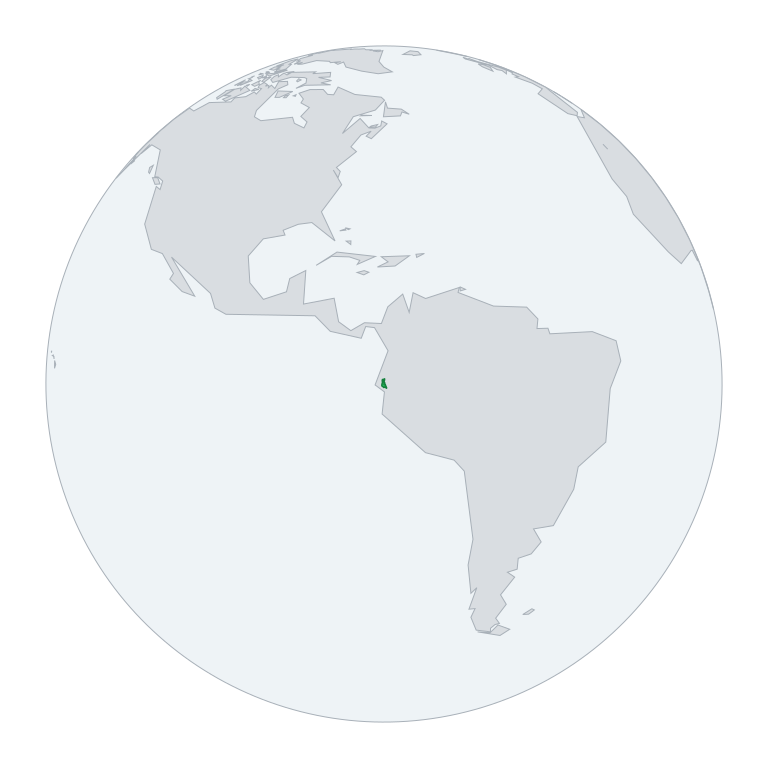 Los Rios on an orthographic globe, rotated 343°
{"feature_id": "ECU-1281", "entity_name": "Los Rios", "entity_type": "Province", "adm_level": 1, "iso_a3": "ECU", "parent_name": "Ecuador", "parent_adm1": "", "projection": "orthographic", "projection_center": [-79.444, -1.349], "detail": "medium", "context": "on_globe", "style": "filled", "palette": "green", "viewbox_px": 768, "rotation_deg": 343, "n_neighbors": 0, "source": "natural_earth", "source_scale": "10m", "svg_char_len": 7972}
<svg xmlns="http://www.w3.org/2000/svg" viewBox="0 0 768 768"><g transform="rotate(343 384 384)"><circle cx="384" cy="384" r="338" fill="#eef3f6" stroke="#a8b0b8"/><path d="M245.7,75.7L248.4,74.7L258.1,70.4L261.1,69.2L278.7,63.3L281.9,67.3L299.2,63.8L320.1,69.5L324.9,66.8L335.8,68.8L345.4,66.8L346.6,69.4L353.2,65.7L350.3,63.8L352.2,61.8L357.6,60.7L360.0,63.5L357.7,64.5L361.2,64.8L360.1,66.9L363.7,65.3L366.0,69.5L371.7,64.1L380.2,66.4L379.5,69.7L369.2,70.9L342.0,85.1L338.2,90.6L343.2,96.2L374.5,102.2L374.5,108.5L382.3,115.7L387.0,110.9L382.7,103.8L393.4,97.8L386.8,90.9L390.2,87.9L387.7,81.1L399.3,80.8L412.0,84.6L414.7,90.5L420.4,92.7L426.9,86.6L440.8,98.6L465.2,108.9L467.5,112.8L455.8,119.5L432.8,119.4L417.5,132.3L438.8,123.1L444.4,134.7L450.1,136.7L456.4,136.2L458.7,131.8L463.0,136.1L443.6,145.7L439.4,141.8L445.6,138.5L434.8,139.1L421.7,147.5L425.6,153.7L401.8,163.0L404.3,167.9L400.4,173.3L398.1,164.6L401.8,181.1L374.5,201.0L379.0,232.9L362.2,208.5L348.7,206.2L332.5,207.5L332.9,212.6L311.0,209.9L291.6,221.9L285.3,248.0L293.4,267.8L317.7,267.3L324.7,255.6L342.4,252.6L330.4,284.0L361.4,287.4L358.8,311.2L367.9,323.3L383.2,319.7L399.2,325.4L410.2,311.3L428.2,303.5L429.0,322.9L438.5,305.2L448.8,314.4L484.2,313.7L481.6,318.1L511.5,341.5L542.9,352.2L550.2,366.8L546.5,375.7L557.1,378.6L557.3,384.5L598.5,394.8L618.6,410.5L617.2,431.2L599.0,454.5L579.1,504.4L545.5,520.0L534.7,540.1L504.6,568.9L484.6,566.3L488.1,581.0L475.1,589.5L461.4,589.9L457.2,600.0L447.0,600.1L452.5,606.9L433.8,619.7L436.5,630.4L422.3,640.6L424.4,646.7L419.8,646.5L414.5,648.7L413.3,652.1L400.2,646.3L398.9,632.5L405.4,625.4L399.4,624.2L413.2,605.9L405.9,609.6L411.5,581.7L423.7,558.5L435.3,490.8L428.8,477.3L403.6,461.8L373.4,412.2L382.1,391.7L375.2,382.3L397.6,353.4L391.4,327.3L383.3,323.7L375.6,333.6L348.0,317.9L338.0,298.6L253.2,271.1L244.5,262.0L244.6,246.7L217.9,200.5L228.7,244.7L218.0,236.6L209.8,221.1L215.0,216.7L210.2,194.5L200.9,187.2L201.9,161.1L224.0,128.5L226.7,132.6L231.7,125.2L228.6,120.1L225.4,118.7L238.5,94.7L231.9,87.4L219.0,92.7L230.3,86.5L198.5,103.1L188.0,108.9L206.6,98.0L213.6,93.8L209.8,94.9L216.2,91.0L218.1,89.7L226.1,85.3L236.3,80.4L241.7,77.8L238.7,78.9L241.8,77.5L245.7,75.7ZM73.5,272.7L75.9,265.2L75.8,269.3L73.5,272.7ZM76.4,261.2L75.8,263.6L76.1,261.7L76.4,261.2ZM76.1,260.2L76.3,260.9L75.8,260.8L76.1,260.2ZM75.3,259.8L75.9,259.6L75.7,260.0L75.3,259.8ZM377.6,244.1L413.1,259.5L393.4,261.8L397.0,258.7L388.0,252.3L371.2,246.6L353.8,250.7L377.6,244.1ZM75.2,256.8L75.3,255.9L76.0,255.0L75.2,256.8ZM392.6,225.7L386.4,224.6L392.4,224.4L392.6,225.7ZM222.9,119.0L227.9,120.6L228.3,127.2L223.4,126.1L222.9,119.0ZM223.2,108.4L227.3,107.4L221.3,114.1L220.8,112.6L223.2,108.4ZM208.3,98.1L211.1,97.5L206.1,99.6L208.3,98.1ZM216.4,90.6L216.9,90.3L214.1,91.9L215.6,91.0L216.4,90.6ZM381.5,81.9L384.5,81.6L383.4,83.0L381.5,81.9ZM377.5,79.6L374.0,81.6L371.6,80.8L373.8,79.6L377.5,79.6ZM382.3,77.6L367.8,79.3L363.6,78.0L368.4,72.8L382.3,77.6ZM347.1,63.7L350.4,65.7L342.6,65.2L347.1,63.7ZM341.6,64.0L315.1,67.2L312.9,64.5L322.2,63.6L315.3,61.6L327.3,58.5L333.8,59.0L332.8,61.2L338.1,58.5L341.6,64.0ZM352.4,60.9L347.3,61.5L345.0,59.1L354.9,57.5L352.5,58.7L352.4,60.9ZM307.7,62.9L307.7,61.2L317.4,58.2L318.8,57.3L327.4,58.3L307.7,62.9ZM355.7,58.8L360.0,56.9L366.0,57.3L357.3,60.3L355.7,58.8ZM340.2,59.2L339.6,58.1L343.2,58.2L340.2,59.2ZM389.6,58.9L383.4,58.9L381.7,57.5L389.6,58.9ZM361.2,56.3L359.1,56.2L357.8,55.8L361.7,54.8L361.2,56.3ZM333.7,56.4L337.7,55.7L330.6,55.8L337.6,54.0L342.1,55.2L343.1,54.0L345.2,53.5L346.5,55.2L333.7,56.4ZM361.7,52.9L369.8,54.8L381.5,54.7L383.4,55.7L364.1,55.9L361.7,52.9ZM352.7,54.0L358.7,53.5L357.9,54.7L353.4,55.9L352.7,54.0ZM340.7,52.6L328.9,54.9L328.3,54.7L340.7,52.6ZM365.2,52.5L363.2,52.2L366.2,52.4L365.2,52.5ZM348.4,52.1L344.3,52.8L343.8,52.5L348.4,52.1ZM362.6,51.1L365.2,51.5L362.2,52.1L362.6,51.1ZM356.2,51.3L356.5,50.7L359.5,52.1L354.4,51.7L356.2,51.3ZM348.6,51.7L346.9,51.7L350.4,51.5L348.6,51.7ZM372.5,48.9L377.1,50.5L370.4,51.7L366.9,49.8L372.5,48.9ZM421.4,658.4L401.0,648.4L412.7,652.9L422.5,647.8L432.5,655.3L421.4,658.4ZM449.3,645.0L459.7,642.2L461.7,644.0L455.0,646.4L449.3,645.0ZM626.4,148.5L625.5,147.6L628.7,152.5L648.4,180.8L647.1,183.9L638.9,179.2L616.2,151.5L621.7,148.0L613.8,139.8L599.3,128.9L602.3,129.3L597.1,124.9L597.8,123.9L585.9,113.4L584.7,112.1L569.2,101.3L589.4,115.6L608.5,131.4L626.4,148.5ZM557.4,93.9L559.5,95.3L542.0,85.4L531.7,80.1L557.4,93.9ZM721.0,409.1L721.7,390.3L721.4,365.8L720.5,355.6L719.9,358.2L717.9,346.2L716.7,346.1L703.5,355.8L694.5,340.7L672.1,294.5L670.9,275.6L662.1,254.7L646.9,184.7L653.5,188.0L652.6,178.9L652.6,179.0L666.8,199.0L679.5,220.0L690.6,241.9L700.1,264.5L707.9,287.7L714.1,311.5L718.4,335.6L721.1,360.0L721.9,384.6L721.0,409.1ZM663.5,218.7L666.6,224.8L663.5,218.7ZM485.3,313.5L489.6,317.3L484.0,317.3L485.3,313.5ZM390.9,269.5L398.2,269.8L402.2,272.7L396.6,273.7L390.9,269.5ZM452.5,269.3L460.8,271.0L452.3,272.5L452.5,269.3ZM418.6,261.5L445.8,268.8L429.1,274.4L411.9,270.2L423.6,268.4L418.6,261.5ZM389.6,236.3L394.2,237.5L393.0,240.9L389.6,236.3ZM396.9,225.7L395.1,226.0L392.7,223.3L396.9,225.7ZM445.5,134.1L447.2,133.5L453.8,134.0L451.0,135.8L445.5,134.1ZM480.9,126.2L487.0,133.4L480.7,129.1L478.1,132.4L461.6,128.3L467.9,114.6L468.0,121.2L480.9,126.2ZM441.3,120.4L451.0,123.7L440.1,120.7L441.3,120.4ZM567.6,105.4L572.2,107.5L578.2,112.3L579.6,116.7L570.9,109.5L567.6,105.4ZM577.2,109.7L556.7,96.9L555.0,94.6L559.4,97.8L560.4,97.6L567.7,103.0L586.1,114.4L592.7,119.6L591.8,123.2L588.5,118.7L584.2,116.5L577.2,109.7ZM507.4,77.5L498.5,74.4L506.3,73.0L513.7,76.1L515.6,79.9L508.0,78.5L507.4,77.5ZM393.6,69.0L389.6,69.7L389.0,68.7L391.7,67.2L393.6,69.0ZM386.8,59.0L409.9,65.5L406.6,66.4L424.1,70.4L422.2,74.6L411.0,71.6L422.6,78.5L411.7,77.6L420.5,82.3L395.6,75.2L386.2,75.5L397.4,73.4L399.4,69.3L397.5,67.7L385.0,63.5L365.8,63.1L364.7,59.9L369.1,57.8L373.5,57.4L372.8,59.4L379.3,57.4L381.6,60.1L386.8,59.0ZM420.5,48.4L417.8,48.6L431.2,49.6L433.6,50.4L435.0,50.5L440.9,51.9L450.5,54.0L450.1,54.4L454.0,55.1L458.0,56.4L463.3,57.7L464.4,59.1L470.9,61.1L467.7,60.7L478.6,63.8L470.9,62.3L475.4,64.5L480.4,64.8L473.5,74.1L476.5,80.9L483.2,87.9L469.2,85.6L454.0,78.2L440.3,69.8L439.5,64.3L433.3,64.8L431.1,62.6L436.9,63.1L426.6,61.0L426.3,59.5L414.1,55.0L399.4,54.2L394.6,53.0L400.2,52.6L391.5,51.9L398.8,50.5L395.5,49.8L399.4,48.4L412.1,48.8L407.4,48.1L410.1,47.6L420.5,48.4ZM374.0,48.5L388.6,47.6L397.1,48.0L386.8,50.5L388.7,51.3L382.4,54.1L370.2,53.7L373.1,52.9L373.1,52.0L377.0,52.4L373.9,51.5L377.8,50.5L376.5,49.7L381.7,49.5L374.0,48.5ZM645.9,170.5L645.8,170.4L639.0,162.3L638.1,161.3L641.5,165.2L645.9,170.5ZM633.6,156.2L637.5,160.5L634.0,156.6L631.4,153.8L633.6,156.2Z" fill="#d9dde1" stroke="#a8b0b8" stroke-width="1"/><path d="M385.0,383.1L384.7,383.3L384.4,383.6L384.3,383.8L384.6,383.7L384.7,383.8L384.9,383.9L384.9,384.0L384.7,384.1L384.7,384.6L384.8,384.8L385.1,385.0L385.1,385.3L384.9,385.4L384.7,385.6L384.7,385.8L384.9,385.8L385.1,386.3L385.1,386.5L385.3,386.8L385.2,386.9L385.2,387.0L385.1,387.4L385.0,387.5L385.2,387.8L385.4,388.2L385.4,388.3L385.3,388.6L385.2,388.7L384.9,388.5L384.5,387.7L384.4,387.7L384.2,387.5L384.0,387.4L383.8,387.2L383.7,387.2L383.4,387.2L383.1,387.3L382.9,387.3L382.7,387.2L382.6,386.9L382.5,386.7L382.2,386.3L382.2,386.2L381.6,385.7L381.6,385.3L381.5,385.1L381.5,384.6L381.6,384.3L381.7,384.1L381.9,384.0L382.2,383.3L382.2,383.2L382.3,383.0L382.4,382.9L382.6,382.8L382.6,382.6L382.8,382.6L383.0,382.3L383.2,382.2L383.3,382.0L383.3,381.9L383.5,381.7L383.4,381.6L383.5,381.3L383.6,381.1L383.4,381.0L383.2,381.0L383.1,380.8L383.2,380.4L383.3,380.2L383.5,379.9L383.7,379.5L383.8,379.3L384.1,379.3L384.4,379.3L384.5,379.3L384.6,379.7L384.5,379.9L384.5,380.1L384.8,380.1L385.1,379.9L385.4,379.8L385.8,379.3L386.0,379.3L386.0,379.6L385.6,380.5L385.4,380.8L385.2,381.2L385.0,381.3L384.9,381.4L384.8,381.6L384.8,381.9L384.8,382.0L384.7,382.4L384.7,382.7L384.9,382.9L385.0,383.1Z" fill="#22c55e" stroke="#15803d" stroke-width="1.5"/></g></svg>